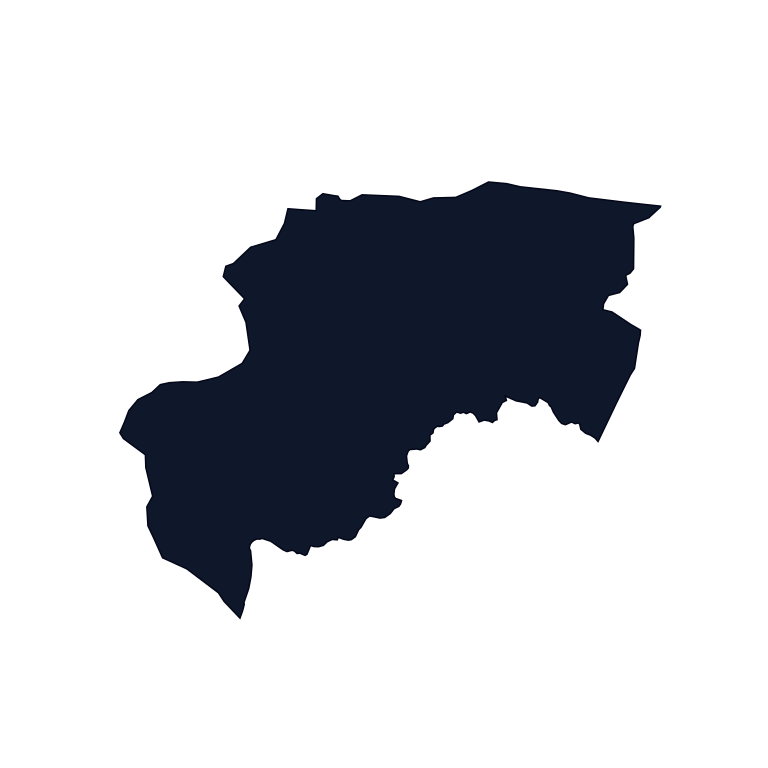 Mayo-Banyo, Adamaoua, Cameroon, rotated 203°
{"feature_id": "32672807B95498803014525", "entity_name": "Mayo-Banyo", "entity_type": "district", "adm_level": 2, "iso_a3": "CMR", "parent_name": "Cameroon", "parent_adm1": "Adamaoua", "projection": "mercator", "projection_center": [11.642, 6.615], "detail": "fine", "context": "isolated", "style": "filled", "palette": "ink", "viewbox_px": 768, "rotation_deg": 203, "n_neighbors": 0, "source": "geoboundaries", "source_scale": "gbopen_adm2", "svg_char_len": 2811}
<svg xmlns="http://www.w3.org/2000/svg" viewBox="0 0 768 768"><g transform="rotate(203 384 384)"><path d="M608.1,235.9L602.5,231.9L600.6,231.5L576.0,225.6L570.6,214.0L553.1,190.3L554.1,180.5L554.3,178.2L545.9,161.2L536.2,152.6L519.9,137.5L493.4,136.8L454.8,127.1L446.3,121.4L425.1,112.2L425.5,119.6L426.5,126.5L427.6,128.3L427.6,129.2L428.6,142.9L431.1,154.4L434.8,165.7L441.6,178.3L443.1,179.6L443.9,180.3L444.5,183.8L444.0,186.5L442.7,189.2L440.5,191.6L437.4,192.8L436.0,194.2L426.8,195.0L412.0,191.9L407.9,191.8L403.8,194.9L402.8,195.1L401.3,195.3L397.8,194.0L395.4,195.4L389.7,195.4L388.4,197.1L388.5,205.5L388.5,206.6L384.9,207.0L380.7,208.6L376.7,211.8L374.7,216.5L370.9,220.7L366.9,222.0L366.1,222.3L366.2,225.0L360.3,225.3L355.8,226.3L353.2,228.0L350.7,232.3L350.4,240.0L349.2,243.0L348.0,253.0L345.7,256.9L340.0,258.1L335.3,259.0L331.2,261.4L327.6,267.2L326.0,273.2L322.5,277.2L321.9,280.1L322.3,283.6L328.7,283.2L330.4,284.2L331.8,286.3L333.3,291.4L333.0,294.5L332.5,298.4L338.5,299.1L338.4,302.6L339.8,305.3L333.0,308.3L329.6,313.8L328.8,316.1L329.5,318.2L331.6,320.1L335.2,326.6L335.5,331.2L334.7,333.7L333.7,334.2L328.4,337.0L324.7,337.7L321.6,341.4L321.2,344.1L319.3,349.4L321.7,354.8L319.8,358.1L320.6,361.4L320.0,363.5L318.3,366.1L316.7,366.3L313.7,368.2L313.3,370.3L310.1,373.4L309.9,373.8L307.1,378.9L308.0,382.7L306.2,386.6L302.1,387.0L299.8,389.1L296.6,388.9L293.8,391.9L290.7,392.0L287.3,390.6L281.7,386.2L277.7,389.9L272.9,391.0L272.2,391.0L269.2,390.9L267.8,393.8L266.0,395.3L269.2,401.4L267.9,413.2L264.9,416.7L267.6,420.3L255.8,420.1L250.3,421.3L244.9,422.4L239.3,421.4L236.5,422.9L235.5,427.4L236.2,430.1L235.8,431.9L235.1,432.3L225.7,431.0L223.2,428.8L221.1,428.2L217.0,424.2L210.1,419.6L208.9,418.8L205.1,417.1L201.1,417.4L196.5,422.3L192.6,422.1L189.7,424.2L188.1,423.3L185.1,419.2L179.0,417.4L174.0,417.6L170.3,417.0L168.4,416.6L164.5,414.7L162.6,457.6L161.4,478.7L160.8,488.7L159.5,496.2L165.8,521.0L167.2,528.9L168.9,533.8L180.5,535.3L202.3,539.4L208.4,538.4L211.5,537.9L213.2,543.6L212.0,553.2L202.8,560.3L198.8,570.9L204.0,578.4L200.8,582.2L199.3,587.6L211.0,615.9L216.5,626.1L216.8,629.1L205.1,640.6L204.2,642.8L198.8,654.6L198.9,655.8L215.0,650.9L234.7,645.0L268.4,635.3L287.1,632.5L300.5,629.4L335.9,618.7L349.3,616.4L366.7,610.8L378.7,596.5L382.7,592.3L390.9,583.8L411.2,574.6L421.8,565.9L443.5,562.6L470.9,552.3L478.1,549.6L486.7,539.4L494.8,536.3L496.7,536.7L499.9,538.9L503.0,538.0L514.6,535.3L518.6,528.2L514.1,517.0L528.8,511.9L540.9,507.8L538.4,493.0L539.9,474.6L560.2,457.8L569.7,436.0L575.6,430.6L573.9,420.0L545.6,408.0L547.9,399.2L535.1,386.8L520.5,362.7L522.6,347.6L539.1,325.7L556.7,312.7L570.3,307.3L582.0,301.4L589.7,296.0L594.4,285.4L596.1,283.4L604.4,273.5L608.5,259.9L608.0,247.4L608.1,235.9Z" fill="#0f172a" stroke="#020617" stroke-width="1.5"/></g></svg>